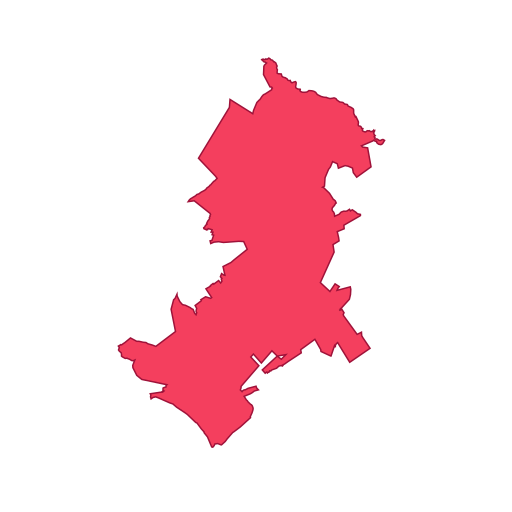 outline of Ezequiel Montes, Querétaro, Mexico, rotated 229°
{"feature_id": "50627088B86896895761869", "entity_name": "Ezequiel Montes", "entity_type": "district", "adm_level": 2, "iso_a3": "MEX", "parent_name": "Mexico", "parent_adm1": "Querétaro", "projection": "equal_earth", "projection_center": [-99.842, 20.653], "detail": "fine", "context": "isolated", "style": "filled", "palette": "rose", "viewbox_px": 512, "rotation_deg": 229, "n_neighbors": 0, "source": "geoboundaries", "source_scale": "gbopen_adm2", "svg_char_len": 6127}
<svg xmlns="http://www.w3.org/2000/svg" viewBox="0 0 512 512"><g transform="rotate(229 256 256)"><path d="M400.5,389.2L399.4,389.1L398.3,389.4L397.6,389.3L397.1,389.5L396.6,390.0L394.7,390.6L394.5,387.5L394.0,386.4L388.0,380.7L374.4,377.5L373.2,378.6L372.0,378.5L371.9,377.6L371.2,376.9L372.3,369.1L372.6,368.4L372.8,367.1L372.5,365.1L371.5,361.5L371.6,360.7L371.3,357.4L367.5,349.7L365.5,346.9L391.2,339.1L385.6,333.4L367.5,276.7L342.9,277.8L340.1,277.6L339.8,274.1L340.1,273.0L339.8,271.2L339.7,269.8L339.4,268.9L339.6,267.6L339.3,266.3L339.4,265.0L339.6,263.8L339.2,261.9L339.3,260.1L340.2,256.4L340.4,253.5L341.2,251.8L341.1,249.9L342.1,244.4L342.1,242.7L341.5,240.5L338.2,245.6L318.2,249.3L317.2,249.0L316.8,247.9L316.0,247.3L315.7,246.1L314.8,245.6L314.3,244.2L314.1,242.8L313.0,240.1L312.2,240.0L312.2,237.9L311.6,236.5L311.6,235.0L310.8,234.6L308.4,235.7L308.7,236.0L307.6,236.7L308.1,237.9L304.6,240.1L303.5,237.8L302.2,239.1L300.9,236.8L299.5,237.7L296.7,233.0L297.6,231.3L295.1,230.0L294.0,233.4L291.3,237.2L287.6,240.3L278.4,252.6L275.0,256.2L266.8,253.8L267.5,237.0L267.5,232.9L269.7,224.2L261.8,219.9L262.6,219.2L265.3,218.5L263.7,215.5L261.5,215.6L261.4,214.7L259.3,213.7L258.8,211.6L262.0,211.7L262.5,205.6L263.4,205.6L263.6,202.1L263.1,201.8L264.1,196.7L253.7,195.3L253.8,194.0L258.3,191.2L259.2,185.8L258.5,185.8L258.1,185.1L258.6,177.6L255.4,176.9L254.3,175.3L253.3,174.3L252.1,174.1L251.0,172.2L253.0,172.1L257.0,173.5L258.6,172.8L260.2,172.5L265.1,170.4L267.4,168.7L268.2,168.6L271.6,168.6L277.5,170.2L279.0,171.3L277.1,167.1L277.0,165.1L271.5,157.0L251.8,145.7L253.5,121.1L256.9,119.3L260.7,116.8L262.9,116.2L265.0,114.2L268.3,111.8L269.9,110.0L276.5,107.5L276.7,100.0L277.0,98.2L277.0,97.0L277.4,95.8L277.8,95.8L278.3,93.0L276.6,92.8L275.3,90.6L273.7,90.4L271.5,90.8L269.9,89.9L268.7,88.8L267.5,89.0L264.5,90.1L263.5,91.6L262.9,91.8L260.9,92.9L258.6,93.6L257.5,94.7L257.0,96.3L254.3,91.2L252.4,89.8L244.1,87.7L237.8,88.8L217.3,104.3L217.3,103.2L216.2,102.2L217.1,100.2L217.3,99.2L215.7,97.7L214.7,98.0L215.1,96.5L214.5,96.8L214.6,96.1L216.2,94.0L221.4,85.8L220.0,85.4L218.9,84.0L217.0,83.1L216.8,85.4L215.5,87.9L212.9,89.3L201.6,94.6L198.9,96.2L194.0,96.9L183.8,99.7L181.6,100.2L169.9,101.3L168.7,101.9L161.4,101.3L157.2,101.4L156.7,100.9L151.3,100.7L141.0,97.3L140.1,97.9L140.1,98.8L140.4,100.1L141.1,101.7L139.5,104.1L136.4,105.7L136.1,106.1L136.2,111.1L136.9,114.2L138.1,122.8L137.9,123.4L137.3,131.9L137.6,145.7L137.7,145.9L138.5,146.3L140.2,150.0L141.5,152.2L142.5,153.5L143.3,154.1L145.3,154.9L146.7,155.0L147.6,154.6L151.2,154.3L152.5,154.5L153.5,154.3L157.9,155.0L155.7,161.4L155.3,163.8L155.2,166.2L153.4,170.0L156.1,169.9L157.7,170.6L161.4,163.1L162.0,160.3L162.8,159.0L163.0,157.6L162.8,156.5L165.2,156.3L166.3,158.2L167.4,159.2L171.3,186.2L183.2,185.8L183.7,189.7L171.7,189.8L174.0,205.8L166.5,206.4L162.0,213.8L161.5,207.4L166.5,206.3L165.9,186.0L161.5,186.0L161.5,187.7L160.2,187.9L160.5,188.9L159.9,189.3L159.9,190.4L160.4,191.0L159.5,191.8L159.7,192.7L159.4,193.8L157.8,197.9L157.9,201.0L156.7,203.3L155.7,203.6L155.7,204.5L156.2,204.7L155.7,206.9L155.3,211.1L153.2,226.6L156.0,228.3L154.5,245.8L143.0,243.5L141.3,242.4L131.5,246.8L131.3,247.0L136.8,256.4L135.6,256.1L135.5,256.4L136.4,257.1L137.1,259.1L137.1,260.8L114.3,257.0L111.5,281.5L124.6,283.1L126.5,283.5L129.3,285.6L130.5,280.9L153.4,282.9L154.7,283.5L155.4,285.2L159.2,285.8L160.3,283.1L160.3,284.4L160.8,285.1L160.6,285.4L160.8,285.8L160.6,286.5L160.8,287.2L161.9,296.7L162.1,298.1L164.9,302.0L168.7,305.7L170.9,306.9L176.9,294.6L177.9,296.7L178.3,298.8L183.1,297.4L180.7,288.5L193.7,287.1L207.7,317.5L214.1,321.6L212.9,328.6L215.8,330.5L221.1,333.3L218.7,340.4L221.6,342.5L218.0,361.0L218.1,361.5L218.9,362.1L221.3,360.3L223.5,360.1L227.7,359.0L228.1,356.8L229.9,357.2L230.3,354.2L231.1,352.8L232.2,351.8L233.1,349.6L233.3,348.5L232.9,346.3L234.4,341.4L236.5,342.9L238.3,343.4L239.4,343.3L240.0,343.4L241.4,344.0L241.7,344.4L242.3,345.3L242.7,348.4L243.7,351.0L242.8,351.1L245.5,352.0L247.2,351.8L247.9,351.5L255.1,352.6L263.3,351.9L264.2,351.4L263.8,353.5L269.8,359.5L273.8,367.6L274.4,370.5L277.0,375.7L272.3,377.9L268.2,375.8L265.8,382.5L263.4,384.4L259.1,386.5L255.0,384.1L249.4,383.7L247.8,401.3L264.4,411.2L268.3,407.9L270.0,407.8L266.2,419.6L266.1,420.9L264.9,421.1L264.3,421.3L264.0,422.0L263.3,422.3L263.0,421.8L262.5,421.6L261.6,421.5L259.9,421.9L258.2,423.2L257.8,424.2L257.8,425.5L258.9,428.9L260.6,428.3L261.1,427.5L261.3,426.5L261.7,425.5L262.5,424.8L264.5,424.3L265.2,423.9L265.7,422.9L266.3,422.6L266.7,422.7L267.6,423.8L268.4,423.4L269.2,424.6L269.0,424.9L270.2,424.9L272.2,425.8L272.4,426.1L272.1,426.8L272.9,427.9L273.2,427.4L273.7,427.4L273.3,426.6L273.8,426.1L273.8,425.4L274.5,424.3L275.4,423.9L276.3,423.7L276.6,423.0L277.3,422.5L277.7,421.4L277.6,420.8L277.7,420.2L278.6,419.3L280.5,418.5L281.2,418.8L281.7,419.5L282.1,420.8L282.3,419.7L282.9,419.4L284.3,420.0L285.3,420.0L286.4,419.1L287.2,418.9L287.9,419.1L289.4,420.8L290.3,421.4L295.6,422.9L295.8,422.9L295.8,422.2L299.2,423.2L299.7,423.4L302.3,425.6L302.9,425.8L303.5,425.9L305.7,425.3L308.7,423.9L310.3,424.3L310.8,424.1L311.4,423.4L311.8,423.3L312.4,422.6L314.6,422.4L315.3,422.0L317.1,420.4L318.1,420.0L320.8,419.4L322.2,419.6L323.6,419.0L324.2,418.5L324.9,417.2L326.3,415.1L328.9,413.4L329.4,413.3L331.3,411.4L333.7,409.8L337.6,408.2L340.5,408.4L342.4,407.7L344.1,406.5L346.1,404.5L346.2,403.0L346.5,401.7L347.8,399.9L349.3,398.3L350.8,397.6L352.0,397.6L352.5,398.6L352.8,398.8L354.6,397.1L356.3,396.5L357.0,396.5L357.9,397.1L359.0,398.5L360.3,399.9L360.8,400.2L361.7,400.2L362.5,398.6L363.1,396.8L364.5,396.5L366.1,397.0L366.6,396.1L367.4,395.6L367.9,395.4L369.2,395.7L370.3,395.4L370.5,395.2L371.3,395.1L372.7,394.1L373.8,393.6L374.6,393.5L376.8,394.5L378.8,392.5L380.0,391.9L381.0,392.6L382.6,394.4L383.6,394.5L385.1,395.5L385.5,396.6L386.3,396.6L386.7,396.9L388.8,397.6L390.7,397.2L390.9,396.8L392.8,396.9L393.5,396.6L394.1,396.0L394.6,395.9L395.6,396.0L397.0,395.5L397.1,393.6L397.6,393.0L398.3,392.8L398.2,392.2L398.3,391.8L398.6,391.3L399.5,390.9L400.1,390.3L400.5,389.2Z" fill="#f43f5e" stroke="#9f1239" stroke-width="1.5"/></g></svg>